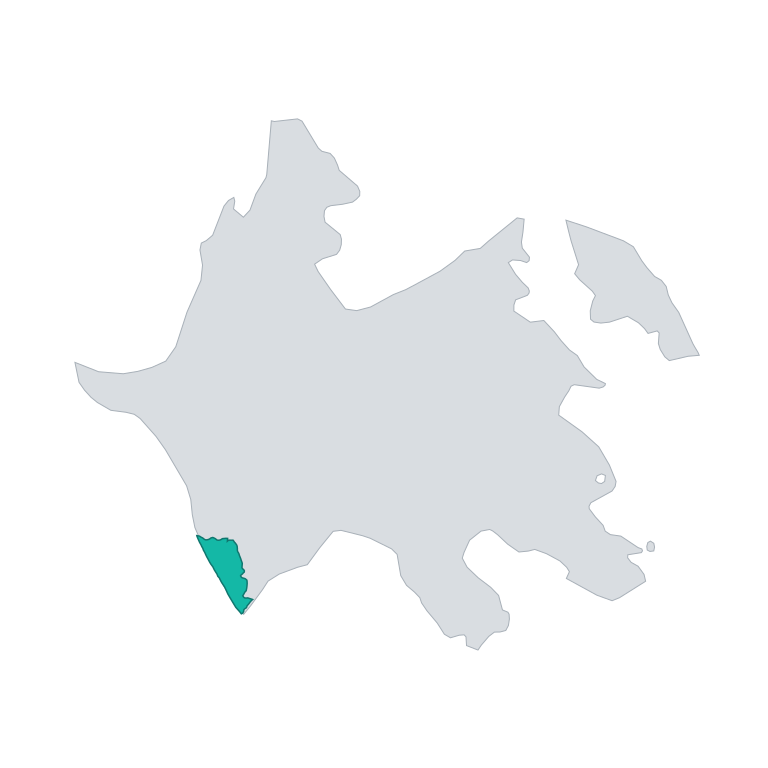 Khachmaz District, Xaçmaz, Azerbaijan (highlighted), rotated 187°
{"feature_id": "54616110B89497242950609", "entity_name": "Khachmaz District", "entity_type": "district", "adm_level": 2, "iso_a3": "AZE", "parent_name": "Azerbaijan", "parent_adm1": "Xaçmaz", "projection": "mercator", "projection_center": [48.762, 41.595], "detail": "fine", "context": "in_parent", "style": "filled", "palette": "teal", "viewbox_px": 768, "rotation_deg": 187, "n_neighbors": 0, "source": "geoboundaries", "source_scale": "gbopen_adm2", "svg_char_len": 4798}
<svg xmlns="http://www.w3.org/2000/svg" viewBox="0 0 768 768"><g transform="rotate(187 384 384)"><path d="M527.9,631.5L524.8,631.2L502.1,636.6L497.4,634.9L478.0,610.2L474.0,607.4L465.6,606.3L460.8,602.2L456.8,595.6L454.5,590.6L434.4,577.2L431.5,572.2L431.1,567.9L434.0,564.0L437.4,560.7L447.2,557.3L458.6,554.5L462.3,552.4L464.2,548.8L464.0,543.0L462.2,537.4L445.7,527.0L443.9,522.6L443.4,517.1L444.3,511.4L446.9,506.9L460.3,500.8L467.5,494.5L463.0,487.5L448.6,471.4L431.4,453.7L420.0,453.5L406.7,458.8L385.6,473.9L373.9,480.3L358.7,491.0L342.1,502.8L328.5,515.4L320.1,525.8L305.0,530.3L297.3,539.0L272.1,565.1L265.0,564.7L264.6,551.8L264.9,541.6L263.3,535.7L255.1,527.6L255.0,524.1L257.2,521.9L263.5,523.2L271.6,522.8L275.4,519.6L266.8,508.9L259.1,501.8L252.6,496.9L251.1,494.0L251.1,492.0L252.5,489.5L263.6,483.6L264.7,478.2L264.0,472.2L246.3,463.2L233.1,466.5L221.2,456.5L213.6,448.7L204.1,440.4L195.6,435.8L187.5,425.3L173.4,414.5L164.3,411.4L164.4,409.8L166.1,407.8L169.9,406.1L195.1,406.5L198.1,404.6L199.7,399.9L203.1,393.1L207.2,382.9L206.8,374.4L181.5,360.6L163.2,347.8L150.4,331.0L141.8,315.6L142.1,310.5L144.6,305.6L164.2,291.4L165.6,287.7L165.1,285.2L158.1,277.9L149.3,270.4L146.5,264.9L141.0,262.1L130.4,261.9L111.9,252.6L108.0,251.7L107.1,249.9L108.0,248.0L121.2,244.2L121.0,241.2L117.0,237.1L109.6,234.1L102.7,226.7L100.3,220.1L124.2,200.6L131.2,196.7L146.9,200.3L179.3,213.2L177.1,220.3L180.4,224.4L187.8,229.8L202.1,235.4L214.2,238.2L220.3,235.8L229.6,233.7L241.7,240.1L252.8,248.2L258.4,251.5L261.4,252.5L269.8,249.8L280.0,239.4L284.0,226.7L285.1,220.7L279.2,212.3L267.0,203.2L253.3,195.2L244.5,188.1L238.9,174.2L233.2,172.6L231.8,170.8L230.9,166.0L231.1,159.4L233.1,154.2L238.6,152.0L244.2,151.2L249.2,146.3L255.6,136.7L258.3,131.4L270.2,134.4L271.8,143.0L273.9,144.8L278.8,143.8L287.1,140.2L293.6,143.0L302.0,153.2L313.7,164.1L320.0,171.3L322.4,176.3L328.4,181.2L337.1,186.9L344.0,195.8L350.2,216.5L356.4,221.3L378.9,229.2L386.7,230.8L408.8,233.5L416.5,231.6L427.8,213.7L438.1,195.3L447.6,191.5L464.8,182.6L475.1,174.2L479.5,165.1L489.2,147.9L495.2,138.3L505.3,146.8L523.0,170.1L548.0,207.8L554.2,218.5L558.3,230.8L561.7,245.8L567.5,258.9L592.9,292.1L603.9,304.2L621.8,320.0L628.2,323.5L636.6,324.5L651.9,324.6L666.2,330.7L673.2,335.1L680.4,341.3L686.9,348.5L693.4,367.8L668.8,361.4L644.0,362.4L630.0,366.5L616.4,372.2L603.4,380.1L595.2,395.6L588.3,431.3L578.3,464.5L578.6,479.9L583.0,494.6L582.5,501.6L577.9,504.6L572.2,510.8L564.5,541.1L560.7,547.2L555.8,550.9L554.4,547.3L554.7,539.4L543.9,532.4L538.2,540.3L534.3,556.9L526.3,574.4L525.9,577.7L527.9,631.5ZM161.3,318.9L162.4,314.0L159.2,311.9L156.0,311.7L153.1,314.2L153.1,320.2L157.1,321.3L161.3,318.9ZM80.0,458.5L76.2,453.6L74.6,450.9L85.5,448.6L103.7,442.0L108.6,445.2L114.0,451.9L116.6,457.6L117.1,468.2L119.3,470.0L128.1,466.4L132.1,470.7L138.9,475.8L150.7,480.9L167.7,472.9L176.2,470.9L183.2,471.1L186.9,473.5L188.2,481.8L186.9,491.9L184.9,497.5L188.5,501.5L202.5,511.3L208.2,516.7L205.4,526.1L215.8,549.0L219.3,557.9L223.4,568.8L202.1,564.6L163.8,555.3L153.2,550.6L143.2,537.8L137.3,531.6L128.5,523.7L121.3,520.7L115.8,515.2L112.7,507.0L108.1,499.7L100.2,491.0L82.3,461.6L80.0,458.5ZM102.8,258.8L100.4,260.5L96.8,258.8L95.6,255.1L95.9,251.2L99.6,250.2L102.5,251.3L103.4,254.9L102.8,258.8Z" fill="#d9dde1" stroke="#a8b0b8" stroke-width="1"/><path d="M551.2,210.7L551.3,210.7L551.0,209.9L549.2,206.8L547.7,204.3L546.1,202.2L545.1,200.5L543.9,199.0L543.0,197.1L541.4,195.0L540.2,193.0L538.8,190.8L538.1,189.9L536.7,187.9L535.3,185.9L533.9,184.1L531.6,181.7L529.8,178.9L528.6,177.4L526.6,175.0L525.5,172.9L523.9,171.6L522.6,169.6L521.1,167.4L517.3,162.9L515.3,159.7L513.5,156.7L510.7,153.0L507.5,148.9L503.9,144.3L499.6,140.5L497.6,138.5L496.4,139.3L495.6,141.0L495.6,143.0L494.8,144.0L493.7,144.8L493.2,145.5L492.9,147.1L491.3,149.5L490.3,151.3L489.2,152.9L488.1,154.1L488.4,154.2L491.7,154.8L493.1,155.1L494.9,154.7L496.3,154.7L497.3,155.3L498.4,156.6L497.9,157.5L497.3,159.1L496.5,160.9L495.6,162.0L495.4,164.6L495.4,166.8L495.5,169.3L495.9,171.6L496.2,172.6L497.8,173.7L498.7,174.0L500.8,174.3L501.9,174.7L503.0,176.1L502.5,177.1L501.3,178.3L500.7,179.3L499.8,180.3L499.8,181.5L500.5,182.5L501.7,183.3L502.6,184.3L502.8,188.7L503.3,189.8L503.9,191.0L504.1,191.3L504.9,193.1L505.6,194.4L506.5,196.0L507.5,198.2L508.8,199.8L509.4,201.4L509.4,202.4L510.0,205.1L510.7,206.4L512.4,208.2L513.2,208.8L514.1,209.9L514.8,210.6L516.1,210.4L518.0,210.2L519.3,210.0L520.3,208.9L520.4,211.7L522.5,211.5L525.6,210.8L526.5,210.0L527.1,209.5L528.2,209.0L528.9,208.8L530.1,208.7L531.0,208.9L532.0,209.6L533.2,210.2L534.5,210.6L535.2,210.8L536.3,210.4L537.3,209.9L538.0,209.1L539.3,208.3L540.9,207.7L542.4,207.6L543.6,208.1L545.2,209.1L547.2,209.8L548.5,210.5L551.2,210.7Z" fill="#14b8a6" stroke="#0f766e" stroke-width="1.5"/></g></svg>